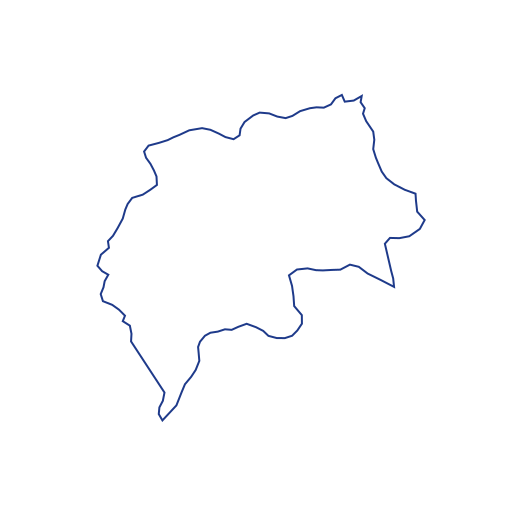 the district of Salto, São Paulo, Brazil, rotated 110°
{"feature_id": "56859067B45487526391276", "entity_name": "Salto", "entity_type": "district", "adm_level": 2, "iso_a3": "BRA", "parent_name": "Brazil", "parent_adm1": "São Paulo", "projection": "natural_earth1", "projection_center": [-47.302, -23.174], "detail": "fine", "context": "isolated", "style": "outline", "palette": "blue", "viewbox_px": 512, "rotation_deg": 110, "n_neighbors": 0, "source": "geoboundaries", "source_scale": "gbopen_adm2", "svg_char_len": 1747}
<svg xmlns="http://www.w3.org/2000/svg" viewBox="0 0 512 512"><g transform="rotate(110 256 256)"><path d="M69.5,211.4L76.5,217.3L80.6,225.4L75.3,230.4L80.6,235.3L87.9,237.4L93.4,243.0L95.6,250.0L98.7,255.9L104.8,264.1L111.9,269.7L116.3,275.3L117.7,283.7L117.5,292.4L120.0,301.6L124.9,306.7L134.0,312.6L141.6,314.1L148.2,312.7L153.9,317.0L154.7,325.4L153.7,332.7L153.0,342.0L154.3,350.4L160.7,361.7L168.4,369.4L172.7,374.2L177.3,378.6L182.9,385.9L189.0,394.7L196.1,396.9L201.3,392.9L205.5,386.7L210.5,381.2L215.3,376.7L223.1,373.4L229.8,377.9L237.1,383.4L243.7,392.2L251.0,394.4L257.1,394.7L266.4,394.0L277.2,395.6L286.0,397.3L292.7,400.2L298.6,397.0L307.8,402.2L319.4,401.7L322.9,395.4L324.1,388.4L331.4,389.6L337.6,388.6L344.9,388.9L350.8,384.4L351.1,374.3L353.3,366.4L356.9,358.7L362.8,358.9L364.6,350.7L371.7,346.4L379.0,344.2L415.6,295.3L423.9,294.0L431.3,295.0L437.8,293.3L442.5,287.7L423.6,279.7L409.2,279.3L400.8,278.9L391.7,275.6L383.7,273.7L373.9,273.4L366.8,276.7L361.3,279.3L355.7,279.3L348.4,276.7L343.7,272.6L340.1,266.0L335.5,260.1L333.7,253.6L328.6,248.4L322.9,241.6L322.9,231.6L323.9,223.6L326.8,217.0L326.0,208.4L323.3,200.8L318.6,194.8L311.9,191.7L303.9,189.7L295.9,192.7L290.0,203.0L281.0,207.0L271.8,211.9L262.9,218.4L254.7,212.9L250.0,203.3L248.8,194.8L246.7,188.3L243.0,179.6L240.0,172.1L232.0,164.8L231.0,155.7L234.3,145.1L235.1,137.7L235.9,130.4L236.9,122.7L237.8,115.7L230.2,119.4L223.9,123.8L200.4,139.1L193.2,136.3L190.2,127.4L185.0,118.7L174.5,111.3L164.5,109.8L159.2,119.7L149.3,124.6L142.9,127.4L142.9,138.8L141.4,150.6L138.3,160.1L133.7,166.7L127.0,173.0L122.6,177.0L115.5,182.4L106.3,184.6L99.0,188.4L91.6,198.6L85.7,204.1L79.9,204.4L75.7,210.3L69.5,211.4Z" fill="none" stroke="#1e3a8a" stroke-width="2"/></g></svg>